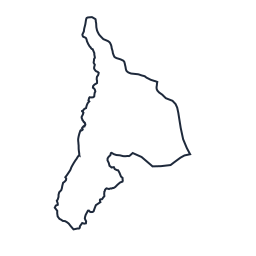 outline of Pak Xeng, Louangphrabang, Laos, rotated 96°
{"feature_id": "54806243B94581920301315", "entity_name": "Pak Xeng", "entity_type": "district", "adm_level": 2, "iso_a3": "LAO", "parent_name": "Laos", "parent_adm1": "Louangphrabang", "projection": "albers", "projection_center": [102.685, 20.214], "detail": "fine", "context": "isolated", "style": "outline", "palette": "slate", "viewbox_px": 256, "rotation_deg": 96, "n_neighbors": 0, "source": "geoboundaries", "source_scale": "gbopen_adm2", "svg_char_len": 4990}
<svg xmlns="http://www.w3.org/2000/svg" viewBox="0 0 256 256"><g transform="rotate(96 128 128)"><path d="M79.1,103.7L78.5,106.2L78.4,107.0L78.2,107.9L78.0,108.9L77.7,110.3L77.1,112.0L76.8,112.6L76.3,114.1L75.9,115.0L75.3,116.0L74.9,116.5L74.6,117.6L74.4,119.3L74.1,120.8L73.7,122.3L73.5,123.5L73.5,125.0L73.5,128.5L73.5,129.4L73.5,130.6L73.4,131.1L73.3,131.4L73.0,132.6L72.6,133.7L72.1,134.5L71.5,135.3L70.8,135.8L69.3,136.4L68.1,136.7L66.8,137.1L65.7,137.5L64.4,137.9L62.6,138.6L61.9,139.3L61.5,139.8L60.6,142.3L60.3,143.6L60.0,145.1L59.7,146.7L59.2,148.0L58.7,148.9L57.8,149.5L56.5,150.2L55.0,150.9L53.1,151.4L50.2,152.6L48.9,152.9L47.3,153.5L46.3,154.1L45.2,154.8L44.6,155.4L43.7,156.9L42.9,159.4L42.2,161.8L40.3,164.1L38.9,165.7L38.0,166.6L37.0,167.3L35.3,168.4L33.9,169.1L31.1,170.0L29.2,170.3L27.3,170.6L25.3,171.2L24.0,171.4L23.1,171.8L21.8,174.7L21.5,175.5L22.0,178.2L22.3,179.6L22.9,180.6L23.7,180.9L25.3,181.1L27.5,181.2L29.4,181.3L31.5,181.6L33.4,181.9L35.2,182.0L36.8,182.0L37.0,182.2L37.9,182.5L38.6,182.7L39.1,182.9L39.6,183.1L40.0,183.1L40.3,183.0L41.3,182.6L42.0,182.0L42.3,180.6L42.9,179.3L44.2,178.5L46.0,177.9L47.5,177.0L48.7,176.3L50.0,175.3L51.0,174.6L51.6,173.7L52.6,173.0L53.2,172.2L53.3,171.4L57.1,169.3L57.8,169.3L59.1,169.0L60.3,168.6L61.6,168.3L63.0,169.0L64.2,168.9L65.9,169.0L66.7,169.0L68.6,167.6L70.9,168.0L72.1,168.0L73.1,167.5L74.4,166.3L74.9,165.6L75.4,163.9L76.2,162.9L77.9,163.1L78.7,163.3L80.2,164.2L81.4,164.3L83.0,164.2L84.3,163.7L86.5,163.5L87.2,164.3L88.0,165.5L88.7,166.2L90.0,167.1L91.6,167.1L92.1,166.1L93.1,165.1L94.2,164.6L95.2,164.3L96.3,164.8L97.9,164.9L98.9,164.9L100.2,164.9L101.1,165.9L101.4,167.3L101.5,168.7L101.4,169.3L101.9,169.7L103.3,170.0L104.8,170.2L105.6,169.3L107.5,170.7L109.1,171.2L110.8,171.6L112.6,171.8L113.5,173.3L114.8,174.3L115.8,174.6L115.9,175.4L116.2,175.4L116.3,175.2L116.5,174.9L116.7,174.7L116.9,174.4L117.1,174.2L117.4,174.0L117.5,173.9L117.8,174.0L118.0,174.0L118.4,174.2L118.6,174.2L118.9,174.2L119.3,174.3L119.8,174.5L120.0,174.6L120.4,174.7L120.8,174.9L121.3,175.1L121.6,175.2L122.1,175.3L122.3,175.2L122.5,175.1L122.8,175.0L123.1,175.0L123.3,174.9L123.5,174.8L123.8,174.6L124.1,174.4L124.4,174.3L124.5,174.2L124.8,174.2L125.0,174.0L125.1,173.9L125.2,173.7L125.4,173.5L125.5,173.4L125.9,173.2L126.0,173.1L126.3,172.9L126.5,172.8L126.6,172.7L126.6,172.4L126.8,172.3L127.0,172.1L127.2,171.8L127.2,171.7L127.4,171.6L127.5,171.4L127.8,171.4L128.1,171.2L128.4,171.0L128.6,170.9L128.9,170.8L129.1,170.8L129.3,170.8L129.5,170.9L129.7,171.1L129.9,171.1L130.0,171.4L130.1,171.5L130.4,171.4L130.5,171.5L130.8,171.6L131.0,171.6L131.0,171.8L131.1,172.0L131.2,172.3L131.1,172.5L131.3,172.7L131.5,172.7L131.7,172.8L131.8,172.9L131.9,173.0L132.1,173.2L132.2,173.3L132.3,173.4L132.5,173.5L132.8,173.6L133.0,173.7L133.2,173.4L133.4,173.4L133.6,173.3L133.8,173.2L134.0,173.1L134.1,172.9L134.3,172.9L134.6,173.1L134.8,173.3L134.9,173.5L135.1,173.7L135.2,173.8L135.4,174.0L135.4,174.3L135.2,174.8L135.6,175.1L138.7,175.8L140.6,176.1L142.4,176.3L144.3,176.4L146.0,176.2L147.8,175.8L149.1,175.6L150.4,175.3L153.8,174.9L154.8,174.7L155.8,174.5L158.2,173.9L158.8,173.8L159.7,173.7L160.3,173.5L160.2,173.7L161.0,174.4L162.2,175.1L164.0,175.9L165.5,176.8L166.9,177.5L168.3,178.2L171.2,179.5L173.2,180.3L174.5,180.6L176.1,181.1L181.4,183.9L183.5,185.2L184.6,184.2L186.2,184.2L187.2,184.8L188.3,185.7L189.2,186.8L192.4,187.3L195.0,187.5L196.8,187.9L199.1,189.7L201.7,190.1L203.8,189.9L206.4,190.4L207.8,191.2L210.1,190.1L211.7,189.8L212.7,191.7L214.9,192.5L216.1,191.3L217.8,189.7L220.2,189.5L223.3,188.7L225.5,186.7L226.3,184.7L227.2,183.2L227.2,180.9L228.0,179.0L229.2,177.0L231.4,174.9L234.5,171.6L234.0,170.0L233.2,167.6L233.1,166.2L232.2,165.5L230.8,165.6L227.3,163.6L227.7,161.6L227.2,159.9L225.1,159.9L224.0,160.7L222.4,161.5L220.9,161.4L218.8,161.0L216.6,160.1L214.4,159.2L214.2,158.3L215.2,157.2L215.5,156.2L215.2,154.4L214.4,153.5L211.4,152.8L208.1,151.9L204.6,147.7L203.5,148.3L202.4,148.4L201.9,148.1L201.6,146.5L200.8,145.9L199.8,145.5L198.4,144.4L197.5,144.5L196.1,144.8L194.6,144.8L193.8,144.9L193.1,144.5L192.0,144.4L190.9,143.7L190.3,143.1L190.5,141.6L190.7,140.5L190.0,139.3L189.9,137.9L189.4,137.3L189.2,136.1L188.0,134.5L185.5,132.5L183.8,130.9L182.9,130.0L182.4,128.9L181.9,127.9L180.9,127.7L179.7,128.0L178.2,128.2L177.0,129.9L175.5,130.7L173.4,131.8L172.1,132.7L171.1,133.4L171.0,134.8L170.2,136.9L168.4,138.0L169.0,140.3L168.4,141.0L167.6,142.4L164.7,143.5L162.3,145.0L160.4,145.1L158.6,144.2L156.9,142.7L154.8,142.4L154.4,141.7L154.8,140.9L155.5,139.4L156.1,136.7L156.0,133.2L156.5,129.8L156.3,127.4L155.9,125.7L155.8,124.0L155.0,123.0L153.8,122.0L152.4,120.7L155.4,111.5L162.6,101.0L163.6,99.6L162.5,91.2L160.4,81.8L157.1,78.3L152.0,72.7L149.4,69.0L147.6,63.5L141.8,67.4L133.4,72.0L122.4,75.6L107.5,79.6L102.6,81.2L99.2,83.2L96.3,86.6L94.4,93.5L91.8,96.8L91.4,97.2L89.4,100.8L87.7,102.7L86.3,103.5L85.6,103.7L84.3,103.9L83.1,103.8L80.6,103.8L79.1,103.7Z" fill="none" stroke="#1e293b" stroke-width="2"/></g></svg>